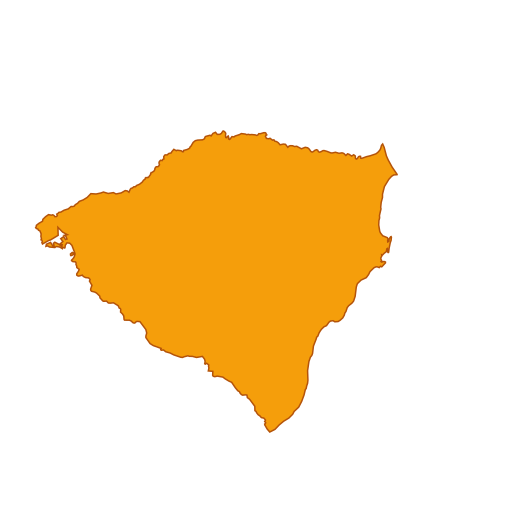 Ampanihy Ouest, Atsimo-Andrefana, Madagascar, rotated 235°
{"feature_id": "10022922B9355726550011", "entity_name": "Ampanihy Ouest", "entity_type": "district", "adm_level": 2, "iso_a3": "MDG", "parent_name": "Madagascar", "parent_adm1": "Atsimo-Andrefana", "projection": "natural_earth1", "projection_center": [44.601, -24.59], "detail": "fine", "context": "isolated", "style": "filled", "palette": "amber", "viewbox_px": 512, "rotation_deg": 235, "n_neighbors": 0, "source": "geoboundaries", "source_scale": "gbopen_adm2", "svg_char_len": 6135}
<svg xmlns="http://www.w3.org/2000/svg" viewBox="0 0 512 512"><g transform="rotate(235 256 256)"><path d="M173.0,160.3L169.0,162.1L166.5,163.6L159.8,163.5L156.0,163.8L154.4,164.6L152.5,164.3L150.8,164.6L149.7,165.2L148.2,167.9L147.2,168.8L145.0,167.7L142.2,168.6L133.6,168.8L129.9,166.4L128.6,166.9L127.3,166.6L124.8,166.7L122.7,167.5L121.2,167.6L120.3,167.9L118.8,169.4L116.3,169.7L115.9,169.4L115.5,168.2L113.9,168.3L113.3,167.5L113.4,166.7L112.6,166.3L107.8,165.9L103.9,166.3L103.1,172.2L104.3,178.0L104.8,183.9L104.4,190.0L105.3,195.2L106.8,198.1L107.7,204.3L110.7,210.0L114.5,215.5L118.3,219.8L118.6,221.0L120.6,223.1L122.1,225.2L124.5,227.3L132.5,232.5L139.2,238.8L141.9,242.5L142.5,244.6L143.7,246.4L149.3,251.4L153.5,257.7L154.7,259.1L154.9,260.7L156.8,263.5L157.9,266.0L158.5,267.9L159.0,271.2L158.5,273.8L159.9,277.7L160.0,279.6L158.8,282.0L156.9,282.8L155.2,285.7L155.1,288.0L155.5,291.5L156.9,294.4L158.2,295.9L159.0,297.9L161.4,301.1L162.1,303.3L162.4,307.8L163.1,310.1L166.1,314.1L173.0,320.3L174.9,322.7L175.3,323.8L176.0,328.3L175.0,333.9L176.2,337.5L177.8,340.4L178.7,346.0L178.3,348.1L177.6,349.1L175.8,350.3L176.2,352.0L175.0,352.8L176.1,358.1L176.8,358.6L177.6,358.2L178.4,357.2L178.9,355.5L179.7,355.2L179.9,356.1L180.4,356.4L181.6,356.4L182.9,357.2L183.8,359.0L184.9,359.6L184.2,359.9L184.7,362.5L184.8,365.2L186.8,367.2L186.9,367.9L186.2,367.8L183.4,366.1L183.0,366.2L183.0,366.8L186.0,369.5L189.8,373.5L191.3,375.6L193.7,377.7L194.4,377.8L194.5,377.2L193.7,375.0L191.8,373.2L192.0,372.0L193.2,372.7L194.2,373.9L195.7,374.1L199.9,371.4L203.3,371.2L205.2,371.5L211.0,374.3L214.5,377.0L216.3,379.1L218.4,380.4L222.9,385.4L224.4,386.1L228.1,389.3L231.4,393.2L234.1,395.1L239.2,401.0L242.6,408.7L243.5,412.7L243.4,415.3L241.7,418.2L241.9,418.4L250.9,418.5L259.0,419.4L263.1,420.2L271.5,423.3L275.1,424.0L274.7,422.3L272.6,419.8L271.7,418.2L271.0,415.2L270.9,412.8L272.6,407.0L274.0,403.5L275.3,398.7L276.0,397.9L277.7,398.8L278.4,397.9L278.5,397.0L277.7,394.8L277.9,393.7L279.0,393.5L281.0,394.7L282.9,394.1L283.0,391.7L286.1,390.5L287.2,389.6L286.8,387.3L289.5,386.8L290.7,386.1L291.4,385.2L292.5,382.9L295.4,380.6L296.7,377.5L297.5,376.5L301.1,374.1L303.4,372.2L303.9,371.3L304.2,368.8L304.7,367.4L305.8,367.0L307.3,367.2L308.3,366.6L308.8,365.0L308.7,362.6L308.9,361.6L310.1,360.9L313.1,360.9L315.0,360.4L316.8,358.7L317.8,354.7L322.5,352.3L323.6,350.3L325.2,349.3L326.5,347.7L327.1,346.3L326.8,344.4L330.6,344.2L332.0,342.6L333.3,339.5L336.0,339.2L337.9,338.5L339.2,337.3L340.9,337.3L341.4,336.0L344.4,335.0L344.7,333.7L346.3,332.0L348.7,332.4L349.0,333.0L349.0,334.2L349.6,333.9L350.7,334.6L351.7,334.3L352.5,333.2L353.7,329.7L354.6,328.5L354.1,326.9L354.3,325.8L355.6,324.9L358.0,322.1L358.9,320.5L360.0,319.6L360.8,317.9L362.0,317.2L364.7,314.2L364.9,312.2L366.3,307.6L366.2,306.3L367.6,304.8L366.6,301.6L366.7,301.1L367.6,300.7L368.4,301.5L370.2,302.1L370.3,301.3L369.7,299.9L370.4,299.2L372.0,300.0L373.9,301.6L375.1,301.7L376.9,301.2L377.3,300.5L376.3,298.0L376.4,296.2L377.8,294.0L380.6,293.8L381.1,291.1L380.1,288.1L381.3,287.6L382.8,283.4L382.7,282.5L381.6,281.0L381.8,278.9L384.4,274.7L385.3,272.4L385.1,269.7L383.3,265.8L383.2,264.7L382.4,263.4L382.7,260.8L384.0,257.2L383.1,256.4L383.6,255.5L385.1,255.1L387.1,253.0L387.9,252.0L388.0,251.1L390.5,249.9L389.8,247.1L389.1,245.5L390.0,243.4L389.8,241.1L390.7,240.0L391.0,239.1L390.3,237.4L388.3,236.2L388.6,235.2L388.0,233.8L389.1,232.9L389.1,232.1L388.5,230.4L387.1,229.5L386.1,229.3L385.6,228.2L385.4,227.0L386.3,225.5L386.3,224.6L385.6,223.3L384.9,222.8L384.1,221.2L384.1,218.5L384.5,218.0L384.0,217.0L383.3,216.5L382.1,212.9L382.6,212.3L382.6,211.6L383.4,210.9L383.3,209.9L382.6,209.4L382.6,207.3L381.8,205.3L381.6,201.7L382.3,198.5L381.9,197.1L382.8,195.5L382.6,193.7L383.1,192.5L382.8,191.3L381.1,188.5L383.1,187.9L384.6,186.4L385.0,181.8L386.9,177.4L387.3,176.8L389.7,175.6L392.0,170.8L395.9,167.7L396.6,165.1L398.5,160.6L401.8,156.5L400.8,151.3L401.1,146.5L402.1,142.6L401.5,140.0L401.7,137.4L401.1,135.8L401.6,134.2L402.6,133.0L402.3,129.2L403.6,125.0L403.9,121.3L404.8,119.6L404.5,118.3L404.6,116.8L403.0,116.4L402.8,115.1L403.6,113.8L404.9,113.8L406.3,113.2L406.8,111.8L408.9,109.8L408.9,106.2L408.3,102.5L406.9,101.0L407.3,96.9L407.1,93.7L406.0,92.7L405.7,91.8L404.5,91.8L403.2,92.8L401.9,92.6L400.5,93.4L397.4,92.7L395.5,91.1L393.3,90.2L392.6,89.2L392.1,89.6L390.9,89.5L390.0,88.8L389.8,88.3L388.3,88.0L387.6,95.0L387.0,97.0L386.4,105.8L393.1,110.2L386.5,111.3L381.7,113.7L382.9,110.8L381.2,111.6L378.3,110.9L378.8,109.4L382.2,109.5L382.2,106.0L378.6,106.1L378.3,102.4L376.4,103.8L375.4,102.3L378.8,101.2L382.7,99.1L382.6,97.4L379.6,96.2L379.3,95.7L379.7,95.3L385.0,95.5L385.9,91.1L384.4,89.5L384.0,90.9L381.8,92.0L378.3,96.1L378.4,97.3L378.1,98.1L376.1,100.2L373.1,101.6L374.1,102.6L372.4,103.7L372.3,104.2L374.2,106.0L375.2,108.7L373.3,110.8L370.3,111.3L362.8,109.4L363.6,107.6L364.3,107.5L364.1,105.2L363.1,104.6L362.6,104.5L362.1,105.3L362.0,107.4L361.5,108.9L361.3,108.8L359.5,106.5L358.8,104.7L358.4,102.6L358.0,102.2L356.5,102.7L354.7,104.8L353.4,104.6L352.2,103.6L350.9,103.5L349.3,102.6L346.5,103.5L345.5,102.1L344.2,98.9L343.2,98.2L342.1,98.5L341.2,99.3L339.9,102.8L338.3,102.8L336.1,104.0L334.1,106.3L332.7,106.6L331.7,106.5L331.0,105.2L326.1,104.8L323.7,101.5L322.4,100.9L321.4,101.1L319.0,103.2L317.2,104.1L312.8,105.0L311.2,104.2L307.1,104.7L306.4,105.1L304.7,107.7L302.2,108.1L300.9,109.7L299.4,112.4L294.3,114.6L291.7,114.1L290.9,114.7L289.9,114.6L287.8,112.9L285.1,113.4L282.8,113.3L279.6,111.5L278.9,111.5L275.9,115.6L274.0,116.6L272.2,116.8L270.9,117.7L270.6,118.7L270.9,120.1L270.7,121.0L268.8,123.3L259.0,123.6L255.6,122.3L253.6,119.9L252.3,119.0L245.0,119.0L241.5,120.5L234.7,125.3L234.1,124.3L233.2,124.3L232.0,126.4L229.4,127.1L225.8,130.0L222.2,131.9L216.2,136.3L215.0,137.7L214.8,139.0L213.3,143.0L212.0,143.9L210.3,146.3L207.0,149.1L204.5,154.5L201.3,154.7L199.6,154.2L198.4,153.5L197.2,152.2L196.5,152.4L196.4,154.1L193.8,154.8L193.0,153.9L191.3,153.2L189.2,151.0L186.3,154.5L183.2,152.1L182.0,152.0L180.8,153.0L179.8,155.4L175.8,159.4L173.0,160.3Z" fill="#f59e0b" stroke="#b45309" stroke-width="1.5"/></g></svg>